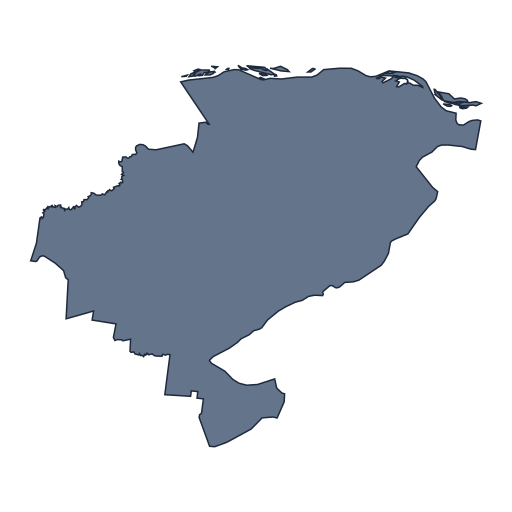 Itatí, Corrientes, Argentina
{"feature_id": "61730980B76052784863315", "entity_name": "Itatí", "entity_type": "district", "adm_level": 2, "iso_a3": "ARG", "parent_name": "Argentina", "parent_adm1": "Corrientes", "projection": "orthographic", "projection_center": [-58.126, -27.604], "detail": "fine", "context": "isolated", "style": "filled", "palette": "slate", "viewbox_px": 512, "rotation_deg": 0, "n_neighbors": 0, "source": "geoboundaries", "source_scale": "gbopen_adm2", "svg_char_len": 5881}
<svg xmlns="http://www.w3.org/2000/svg" viewBox="0 0 512 512"><path d="M193.0,152.2L187.6,145.8L184.2,143.8L156.0,149.8L148.5,149.2L145.6,146.1L143.0,144.7L139.8,144.4L136.6,145.8L135.6,147.4L135.6,149.8L136.8,152.9L135.7,154.3L132.3,154.5L131.4,156.5L129.8,156.8L128.8,158.1L127.5,158.2L126.0,156.9L122.7,157.1L121.9,161.2L120.3,161.9L118.8,161.2L118.8,163.6L120.1,165.6L122.3,166.7L122.2,171.6L123.4,172.1L123.5,172.8L121.6,174.3L123.7,175.4L121.8,176.3L121.9,178.4L121.2,179.2L122.1,179.4L122.8,182.1L121.7,183.0L120.8,182.2L119.0,183.6L119.9,184.8L119.5,185.9L117.8,185.7L113.5,187.3L114.1,188.7L111.7,190.8L109.5,189.7L109.3,190.4L107.8,190.8L107.6,192.1L106.8,191.8L104.7,194.8L102.2,193.9L101.0,195.2L96.3,195.1L93.8,193.2L91.2,192.7L91.3,194.4L90.3,195.7L88.1,196.6L88.8,197.7L87.0,199.7L84.6,199.5L83.9,199.8L83.5,201.6L81.7,201.9L82.0,204.6L80.5,206.4L78.7,207.2L76.4,205.4L75.3,206.7L74.2,206.7L75.0,208.0L74.7,208.9L73.1,207.3L71.0,209.8L69.2,209.3L68.8,207.6L67.6,209.1L65.3,209.2L64.8,210.5L64.2,209.5L64.6,208.5L60.6,207.5L61.1,206.7L60.6,205.0L58.2,205.3L57.1,206.6L55.1,205.6L55.5,207.4L53.5,207.1L52.1,205.4L51.4,205.8L51.7,206.8L48.9,206.6L48.1,208.8L47.4,208.6L47.3,207.3L45.3,209.8L43.8,209.4L43.4,210.1L44.8,211.4L42.8,212.8L43.8,213.9L43.7,216.3L42.8,218.1L41.7,216.9L40.6,217.4L40.6,218.8L39.9,218.4L36.4,243.3L30.7,260.8L35.8,261.5L37.0,260.9L39.5,257.1L42.0,255.8L44.5,256.2L55.4,263.3L63.6,270.7L65.7,277.8L68.2,279.8L66.1,318.8L93.6,311.0L92.1,320.1L116.0,323.9L113.4,337.5L114.9,340.5L117.2,339.6L121.6,339.8L122.9,340.8L130.6,339.2L130.0,351.3L131.1,352.4L133.8,351.9L134.9,353.9L138.9,355.0L139.4,353.6L140.7,355.6L142.2,355.3L143.5,356.5L143.6,355.6L144.8,355.5L144.7,354.4L146.0,354.8L146.5,353.5L147.1,354.1L147.6,353.5L148.8,354.8L152.1,353.9L154.5,355.7L157.0,356.1L162.0,356.2L162.8,354.2L165.4,355.2L167.1,354.4L170.0,354.6L164.8,394.7L190.6,396.3L191.3,390.9L197.8,391.6L197.0,398.1L203.4,398.9L201.5,413.3L199.6,414.7L199.1,417.4L209.6,446.3L214.8,446.7L227.0,442.2L251.2,429.0L262.1,417.9L272.9,417.0L277.1,418.0L284.2,401.8L284.6,393.8L281.9,393.0L276.7,388.1L274.7,378.9L257.5,384.5L246.6,385.2L238.9,383.2L232.7,379.3L224.9,371.2L211.3,363.2L209.4,360.3L213.2,356.6L229.4,348.1L237.7,342.2L241.2,338.7L249.4,334.6L253.5,330.8L259.5,329.1L261.8,327.7L267.6,319.9L278.5,311.0L285.8,306.7L295.3,302.2L302.2,300.4L308.5,296.4L314.8,295.2L322.6,295.6L323.3,294.3L322.6,292.2L323.5,291.1L329.7,285.8L332.0,285.5L335.8,287.8L337.4,287.8L339.7,286.9L344.8,282.4L353.1,281.9L358.8,280.2L381.3,265.2L384.3,261.2L388.4,253.5L390.4,242.6L391.7,241.0L395.7,238.9L407.9,233.9L419.3,217.5L428.8,206.2L434.8,200.9L436.1,198.7L437.7,191.6L432.6,187.4L416.2,166.7L419.4,160.4L422.3,157.3L432.0,152.0L437.4,146.6L441.4,145.1L447.9,145.0L462.1,146.5L471.0,149.2L475.5,149.6L480.8,120.9L477.6,119.9L472.2,120.4L469.1,121.5L463.4,125.1L458.7,124.7L457.1,123.4L455.8,120.1L456.1,113.2L446.3,110.8L441.3,107.1L434.5,98.2L425.9,81.6L422.8,78.8L417.4,75.8L408.8,72.9L389.0,70.9L375.9,76.3L370.3,76.8L366.0,75.6L358.1,70.9L351.4,68.3L339.7,68.2L323.7,69.6L317.2,75.0L311.6,77.1L297.1,77.1L281.3,79.0L270.2,78.3L263.6,79.9L260.8,79.5L238.5,69.7L234.1,69.6L224.1,71.8L218.2,75.6L212.9,77.4L188.4,80.1L180.7,81.9L209.2,124.3L207.8,124.2L205.8,122.2L199.0,123.1L197.5,137.3L193.0,152.2ZM403.0,76.2L407.4,77.1L414.0,80.1L422.1,86.0L422.8,87.4L417.9,85.3L413.2,85.2L409.8,83.1L407.8,83.0L408.0,81.5L407.4,79.7L405.5,78.2L398.4,77.7L399.5,76.5L403.0,76.2ZM404.6,83.4L398.9,86.9L396.6,86.6L399.3,82.0L395.7,80.9L399.9,78.3L405.3,78.5L407.2,79.7L407.6,81.4L406.6,84.0L404.6,83.4ZM379.0,77.3L379.8,76.2L382.2,75.6L389.8,75.7L392.6,76.2L393.0,76.9L391.4,78.7L382.9,82.9L382.0,81.6L385.5,78.1L379.9,76.9L379.8,78.0L378.8,78.7L375.9,78.4L379.0,77.3ZM384.2,73.5L383.4,74.1L383.6,73.6L385.7,72.4L390.1,71.5L394.2,72.5L391.7,73.4L384.2,73.5ZM394.0,75.5L396.3,75.7L395.9,76.4L397.3,75.6L398.1,76.2L397.4,77.4L396.0,77.5L394.0,75.5ZM448.9,93.8L438.2,91.9L441.2,95.8L443.6,100.7L453.6,102.5L458.3,101.5L468.0,102.1L467.1,100.1L465.0,98.8L460.8,98.0L454.3,98.9L448.9,93.8ZM475.9,101.6L469.8,102.6L464.6,102.0L460.9,102.8L459.7,104.2L459.2,104.5L457.2,103.7L455.8,104.6L453.9,104.2L461.3,105.7L472.9,105.1L476.1,105.8L481.3,103.3L475.9,101.6ZM248.2,66.5L250.3,68.9L253.9,70.3L271.2,74.8L273.0,74.5L273.7,73.6L267.6,69.3L267.3,70.2L266.7,70.4L265.2,70.3L263.8,69.9L261.0,68.1L257.4,68.4L251.9,67.8L248.2,66.5ZM209.2,70.0L200.5,70.0L195.9,72.3L193.7,76.0L195.4,76.1L201.2,73.7L199.3,75.7L202.3,75.4L204.4,72.5L207.2,72.3L209.5,71.0L209.2,70.0ZM287.2,69.5L280.5,66.3L273.5,68.5L270.0,68.2L281.0,70.9L289.1,71.6L287.2,69.5ZM247.4,65.8L247.5,66.4L252.1,67.0L252.2,67.7L260.9,68.0L264.3,69.9L266.7,70.3L267.2,69.6L264.5,67.3L247.4,65.8ZM442.6,100.5L439.9,95.5L435.0,89.4L434.2,89.3L434.6,92.0L435.8,94.2L435.0,94.5L442.6,100.5ZM215.0,72.1L214.5,71.3L210.8,71.8L206.4,73.5L205.1,75.0L210.3,74.9L213.5,73.4L213.0,72.2L215.0,72.1ZM453.8,102.8L444.0,101.5L455.6,104.3L456.8,103.7L457.7,103.5L459.3,104.4L460.7,102.9L458.9,101.8L453.8,102.8ZM195.1,72.1L190.9,73.8L188.9,76.7L192.7,76.2L195.1,72.1ZM245.3,68.4L242.0,67.9L238.0,65.3L239.8,67.9L242.1,68.7L240.2,69.1L246.1,70.2L247.7,69.7L245.3,68.4ZM310.9,72.0L315.0,69.1L314.5,68.7L312.4,68.5L307.8,72.0L310.9,72.0ZM449.9,104.5L443.1,103.9L447.2,106.1L450.7,106.4L451.7,105.7L449.9,104.5ZM460.7,107.2L459.3,106.1L460.3,108.1L463.0,108.7L466.6,108.1L467.9,107.0L460.7,107.2ZM265.3,74.0L259.0,73.5L262.8,75.6L266.9,75.4L265.3,74.0ZM196.5,70.7L198.8,69.8L199.3,69.4L197.9,69.1L193.9,70.8L195.8,72.1L198.7,70.4L196.5,70.7ZM217.5,66.8L211.2,66.2L214.0,67.4L215.1,68.7L217.5,66.8ZM274.5,76.2L276.7,76.0L276.3,74.8L274.0,73.9L274.5,76.2ZM181.3,76.7L186.2,76.3L187.2,75.1L181.3,76.7ZM263.7,78.7L260.4,77.3L259.5,77.9L262.2,79.2L263.7,78.7ZM228.9,68.4L227.6,68.4L226.6,69.3L228.5,69.3L228.9,68.4Z" fill="#64748b" stroke="#1e293b" stroke-width="1.5"/></svg>